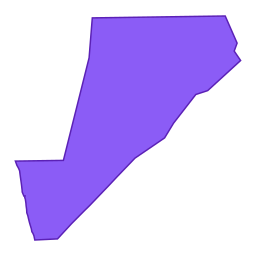 Benichab, Inchiri, Mauritania (Natural Earth projection)
{"feature_id": "47542326B98603827415339", "entity_name": "Benichab", "entity_type": "district", "adm_level": 2, "iso_a3": "MRT", "parent_name": "Mauritania", "parent_adm1": "Inchiri", "projection": "natural_earth1", "projection_center": [-15.686, 19.224], "detail": "fine", "context": "isolated", "style": "filled", "palette": "violet", "viewbox_px": 256, "rotation_deg": 0, "n_neighbors": 0, "source": "geoboundaries", "source_scale": "gbopen_adm2", "svg_char_len": 651}
<svg xmlns="http://www.w3.org/2000/svg" viewBox="0 0 256 256"><path d="M92.3,17.9L89.1,57.8L63.4,160.4L15.4,161.1L16.9,165.3L18.6,168.4L19.6,170.8L20.3,176.2L21.3,183.4L21.6,185.7L22.1,190.1L22.2,192.0L23.9,196.1L25.0,196.0L24.7,197.5L25.3,199.1L25.9,203.0L26.1,205.7L26.6,209.3L26.8,212.8L27.8,215.6L28.5,218.7L29.5,222.7L30.3,225.4L31.3,228.7L31.9,231.8L32.8,233.1L33.9,235.7L34.8,240.0L57.5,238.9L71.6,223.6L84.5,210.6L89.8,205.4L110.0,184.3L117.3,176.5L135.0,158.1L164.6,137.9L173.6,123.1L195.8,94.5L205.0,91.5L207.7,90.6L231.0,69.3L240.6,60.5L234.2,51.1L237.1,43.1L225.2,16.0L92.3,17.9Z" fill="#8b5cf6" stroke="#5b21b6" stroke-width="1.5"/></svg>